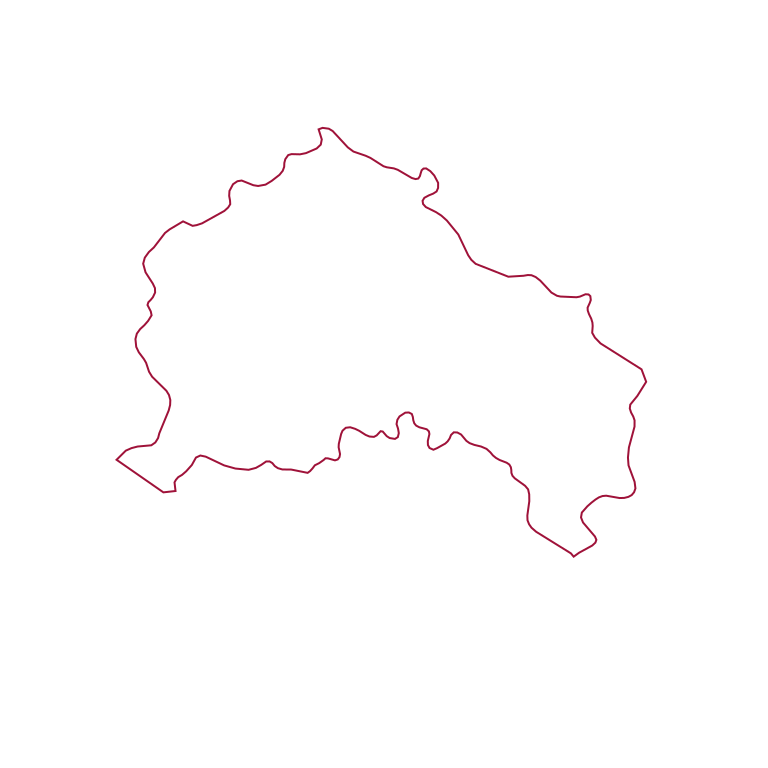 SVG path tracing the border of Cluj, rotated 211°
{"feature_id": "ROU-296", "entity_name": "Cluj", "entity_type": "County", "adm_level": 1, "iso_a3": "ROU", "parent_name": "Romania", "parent_adm1": "", "projection": "equal_earth", "projection_center": [23.487, 46.867], "detail": "fine", "context": "isolated", "style": "outline", "palette": "rose", "viewbox_px": 768, "rotation_deg": 211, "n_neighbors": 0, "source": "natural_earth", "source_scale": "10m", "svg_char_len": 3454}
<svg xmlns="http://www.w3.org/2000/svg" viewBox="0 0 768 768"><g transform="rotate(211 384 384)"><path d="M574.2,181.3L571.0,193.9L567.4,199.0L563.0,203.5L551.9,211.6L549.9,216.1L549.8,221.3L551.2,226.0L554.9,250.4L556.5,255.8L558.9,260.2L562.6,263.8L567.0,266.1L586.5,270.8L591.7,273.5L598.8,279.6L602.6,281.7L610.5,284.9L615.5,288.2L620.2,294.5L621.8,299.9L621.3,305.5L619.7,311.0L618.7,316.6L618.6,323.2L621.3,326.1L627.4,329.9L628.1,332.7L627.3,335.9L626.8,339.3L627.3,344.5L629.7,348.2L633.9,351.0L645.9,356.9L652.4,363.1L654.1,369.1L653.5,376.1L651.6,382.5L649.5,400.7L647.4,406.1L640.0,419.9L629.5,421.0L626.4,423.7L622.7,428.0L610.0,450.1L608.5,455.0L608.4,458.9L610.5,462.0L613.6,465.5L615.9,469.9L616.3,477.5L614.1,482.3L610.8,485.1L598.4,487.1L593.9,488.9L588.2,493.9L584.9,500.2L581.3,509.5L580.6,514.6L581.4,518.7L583.3,522.2L584.4,525.9L584.0,530.9L581.7,533.4L574.3,537.6L569.8,541.7L563.0,551.2L561.5,556.6L563.3,561.6L571.2,568.6L568.6,571.9L562.8,574.4L558.3,574.4L536.9,568.2L529.9,567.5L517.3,570.2L512.1,570.8L496.6,570.4L493.2,571.2L486.6,573.9L482.5,574.7L466.3,574.9L462.5,575.9L460.4,577.8L460.3,580.7L461.1,583.6L461.8,586.6L461.1,589.0L458.9,590.5L453.9,590.3L448.3,588.6L441.2,584.3L438.6,579.9L438.1,576.1L439.9,572.5L442.7,568.8L445.3,564.4L445.3,560.9L443.2,558.4L439.3,557.2L428.1,558.1L421.7,557.9L414.3,556.5L397.3,550.4L378.1,537.7L373.1,535.4L367.3,534.2L332.7,540.0L320.2,548.6L316.8,551.5L313.6,553.2L309.1,553.8L303.3,553.1L287.6,548.6L281.2,548.7L277.9,549.8L263.7,557.5L261.1,559.8L257.5,564.7L254.8,566.1L252.4,565.6L250.0,562.5L249.4,559.6L248.8,554.3L247.2,551.9L244.3,549.5L240.0,546.7L237.0,544.0L235.0,541.2L231.9,535.1L227.1,532.4L219.3,530.3L170.8,529.2L160.4,520.9L160.7,504.3L162.3,493.2L160.7,489.6L157.5,486.8L153.6,484.5L150.5,481.9L147.3,476.5L141.4,455.8L137.0,446.6L132.5,440.2L118.8,429.2L114.7,424.0L113.9,420.0L114.5,416.3L116.4,413.1L119.4,410.1L123.3,407.6L136.0,402.7L139.0,400.5L141.4,397.5L143.2,393.9L145.1,389.0L146.7,383.9L148.2,375.7L146.4,371.1L142.1,367.8L124.6,361.9L121.7,359.8L121.1,356.9L122.3,352.8L129.9,339.8L132.5,333.7L136.6,335.1L177.5,335.7L183.6,336.8L187.4,338.5L190.8,341.1L193.4,345.1L199.1,358.4L202.7,364.2L206.2,367.9L210.6,369.4L223.3,370.5L226.6,371.5L229.0,373.4L230.6,375.9L232.4,378.0L235.1,379.5L238.3,379.7L245.8,378.4L250.0,378.3L253.9,378.9L257.6,380.2L262.7,381.2L268.6,380.4L275.3,378.3L280.2,377.4L284.1,377.7L291.9,380.4L296.2,380.2L299.3,378.5L300.3,374.8L299.7,371.2L299.9,367.6L300.8,364.5L305.5,356.3L307.8,353.1L312.0,352.6L314.9,354.3L317.1,357.7L319.3,364.5L321.1,366.5L324.1,367.2L331.4,365.1L335.0,364.9L337.8,365.9L340.2,368.0L342.3,370.6L344.7,372.6L348.0,372.4L351.0,370.4L354.0,364.2L354.1,360.2L352.6,356.1L349.0,353.0L346.0,349.5L344.8,345.6L346.3,342.6L351.3,340.6L354.8,340.7L360.6,342.6L362.6,341.8L363.8,336.2L365.4,333.5L369.4,331.5L373.5,330.9L381.2,331.1L385.7,330.7L390.7,329.5L394.2,326.8L395.5,322.6L395.0,319.1L391.9,309.4L390.3,306.4L385.6,301.3L384.5,298.4L384.8,295.5L386.7,293.3L393.7,291.4L395.9,290.2L396.6,287.8L398.8,282.8L401.4,278.7L401.8,274.8L402.5,271.3L403.7,268.5L419.4,262.9L427.1,258.4L431.6,257.2L435.4,257.4L439.0,258.7L442.2,258.7L445.1,256.9L447.6,251.4L450.6,246.1L455.9,240.7L467.8,235.0L479.1,231.9L499.4,229.9L504.6,228.1L507.3,224.1L507.0,215.6L508.6,207.3L510.3,202.1L512.4,198.2L513.0,194.7L512.9,191.8L507.6,184.9L517.3,177.5L574.2,181.3Z" fill="none" stroke="#9f1239" stroke-width="2"/></g></svg>